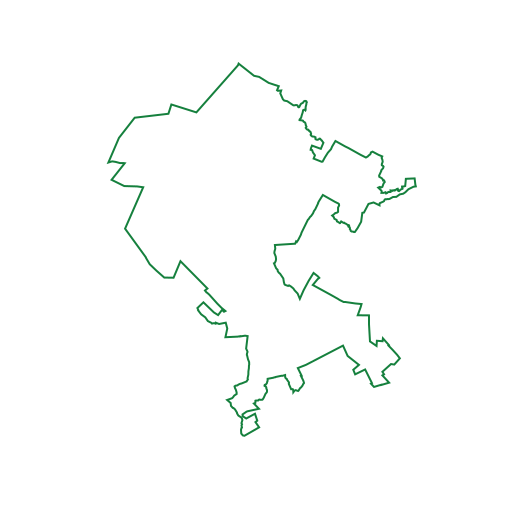 the district of Escuintla, Chiapas, Mexico, rotated 293°
{"feature_id": "50627088B28564966320854", "entity_name": "Escuintla", "entity_type": "district", "adm_level": 2, "iso_a3": "MEX", "parent_name": "Mexico", "parent_adm1": "Chiapas", "projection": "robinson", "projection_center": [-92.576, 15.351], "detail": "fine", "context": "isolated", "style": "outline", "palette": "green", "viewbox_px": 512, "rotation_deg": 293, "n_neighbors": 0, "source": "geoboundaries", "source_scale": "gbopen_adm2", "svg_char_len": 6144}
<svg xmlns="http://www.w3.org/2000/svg" viewBox="0 0 512 512"><g transform="rotate(293 256 256)"><path d="M191.4,428.0L195.5,419.0L197.1,420.1L198.8,417.6L209.3,422.5L210.1,425.7L218.0,428.4L220.2,424.5L223.0,418.4L225.3,412.9L225.9,413.2L229.8,405.0L227.0,405.8L225.2,400.4L220.3,402.1L221.9,394.3L237.3,386.7L245.5,383.2L241.2,372.8L249.9,372.3L253.0,371.9L251.1,365.9L248.5,356.0L247.9,354.6L248.2,350.0L248.5,348.5L249.4,340.6L251.5,319.6L258.8,321.8L260.6,322.8L261.5,320.8L262.9,315.6L253.9,314.2L243.0,313.2L233.7,313.1L237.7,309.0L239.5,304.9L240.7,303.1L241.6,300.1L241.9,297.9L241.0,297.3L240.8,294.1L241.1,293.3L242.8,291.9L246.0,289.9L249.1,285.1L249.6,283.4L250.7,281.8L251.8,281.2L252.5,279.4L256.3,275.4L257.0,276.0L259.2,276.1L260.9,275.7L263.2,274.4L265.9,271.7L267.6,271.2L270.2,270.9L273.5,269.1L282.6,287.2L285.1,287.2L284.8,288.1L287.4,288.6L293.1,289.0L295.3,288.8L309.7,289.6L310.4,290.0L313.1,290.5L314.3,291.1L317.5,291.8L320.1,291.8L322.2,292.3L328.8,292.6L329.0,292.4L330.8,292.5L338.3,293.7L336.7,307.6L336.5,311.3L336.2,312.1L334.9,312.8L332.7,312.6L328.7,314.3L327.5,313.6L326.5,312.2L324.5,311.3L323.0,310.3L322.2,312.4L320.9,313.6L320.7,316.1L319.5,317.0L319.5,317.7L319.0,320.4L319.2,320.6L321.1,320.9L320.7,323.5L321.1,324.2L320.8,324.6L320.9,325.8L320.4,328.3L320.7,329.3L320.5,329.7L320.1,330.0L319.4,329.4L319.1,329.7L319.1,330.7L318.4,331.6L317.5,331.8L316.9,332.8L316.1,333.4L315.9,334.4L316.4,336.0L316.3,336.8L316.7,337.6L321.3,338.6L328.6,339.4L337.3,337.0L338.2,338.4L347.9,339.2L351.2,343.3L350.9,349.9L352.2,349.3L353.0,349.3L355.8,351.9L356.6,352.4L358.0,352.4L358.8,352.8L359.1,353.9L359.7,354.5L359.9,355.3L360.7,356.6L363.8,359.0L365.3,362.1L368.9,364.3L370.9,367.2L373.1,368.6L377.0,370.2L381.3,373.9L382.5,375.9L384.1,374.7L389.4,371.7L385.6,363.8L378.7,366.0L377.9,365.1L377.0,363.3L376.2,363.7L375.5,364.5L375.1,364.6L373.7,363.2L371.6,362.3L371.5,361.6L371.8,361.0L372.6,360.9L373.3,360.2L372.6,359.4L370.5,358.2L370.7,357.6L370.1,356.8L369.4,356.4L369.6,355.7L369.3,355.3L369.0,355.4L368.7,355.1L368.8,354.3L367.5,354.8L366.9,353.6L366.8,353.0L366.1,352.4L365.4,352.2L364.4,351.3L365.3,350.3L364.0,348.9L363.1,346.8L364.5,346.5L365.1,346.0L366.7,341.8L368.0,343.0L368.0,344.4L369.0,345.3L372.7,345.1L374.4,345.6L375.2,344.9L375.6,344.2L375.3,344.1L375.1,343.5L375.8,343.1L376.7,341.5L377.1,338.5L378.2,337.9L383.2,338.1L383.8,337.8L386.5,338.7L388.1,338.5L388.5,337.9L388.7,336.4L389.4,336.0L389.9,335.9L392.2,335.8L393.9,334.8L395.4,333.3L397.0,333.3L397.0,329.2L397.6,322.5L396.2,321.3L394.9,321.5L393.8,321.2L392.7,320.5L391.3,320.0L389.6,318.7L390.0,312.7L391.5,299.0L391.7,295.2L392.9,284.2L386.4,283.3L383.6,283.3L379.2,281.8L373.7,280.9L368.9,280.4L368.4,279.6L368.2,271.0L371.7,270.9L371.9,270.7L373.6,267.9L375.4,266.3L375.1,264.8L376.5,264.5L379.5,264.4L380.0,273.8L386.6,273.8L387.7,271.9L388.0,271.6L388.0,271.2L389.0,269.2L388.8,268.5L388.2,268.3L387.1,267.4L386.7,266.0L387.0,264.9L388.5,264.4L388.6,262.9L388.0,261.1L388.3,260.0L388.5,259.3L389.0,258.9L389.7,259.1L390.2,258.9L391.6,257.6L391.6,256.8L392.1,256.2L392.0,255.6L392.7,254.8L392.4,254.0L392.5,253.2L393.4,251.7L394.7,252.0L396.1,250.5L396.5,250.4L397.7,249.4L398.1,248.8L398.2,247.3L398.9,246.4L398.9,245.9L398.1,243.0L398.7,242.8L400.9,243.5L403.6,243.1L406.3,242.9L408.6,242.4L409.5,243.2L409.6,243.8L409.3,244.6L409.8,244.6L412.5,243.5L415.6,243.0L417.2,242.4L417.4,242.6L418.0,242.1L418.2,241.4L418.0,240.8L417.8,240.3L417.1,239.7L415.3,239.3L413.9,238.1L413.1,237.8L410.0,237.6L409.6,237.3L409.6,236.7L410.8,235.4L410.9,234.9L410.6,233.8L409.7,232.5L409.3,231.5L410.7,224.3L410.1,221.2L410.8,219.5L415.2,214.8L418.2,214.5L416.6,211.6L416.8,210.6L421.2,210.6L420.3,200.1L422.1,188.9L421.1,183.8L426.3,164.8L424.5,164.9L364.9,145.0L362.4,118.9L352.7,119.8L335.9,90.3L311.2,83.7L284.4,83.6L286.5,86.1L287.0,86.9L287.8,90.2L288.4,94.5L289.8,97.7L290.1,98.9L269.7,93.3L268.9,107.4L273.6,119.4L275.2,125.3L230.0,124.8L211.7,155.2L211.4,155.3L206.9,161.4L203.6,170.1L200.3,180.0L203.8,188.6L221.7,188.5L207.1,224.0L204.3,222.5L203.1,224.7L203.1,225.3L202.2,228.0L197.1,238.9L194.8,244.5L193.4,249.3L192.2,248.3L193.1,245.8L186.8,244.2L187.6,239.3L192.8,225.7L185.2,222.4L183.2,224.5L183.1,224.4L180.9,228.3L179.7,233.3L177.3,237.1L177.0,241.3L176.6,241.9L177.8,243.6L177.9,245.2L178.9,245.0L179.0,248.6L182.8,254.2L178.0,257.9L169.3,259.6L174.6,270.6L176.0,272.8L175.8,272.9L178.4,277.1L179.0,279.6L166.9,283.1L164.7,285.5L164.2,285.7L162.8,285.8L161.4,286.2L161.2,286.5L157.8,289.0L155.7,291.1L153.3,292.2L152.5,292.3L149.9,293.3L146.8,294.1L143.8,295.3L140.2,296.0L139.1,296.8L137.6,296.4L136.9,296.4L133.0,292.5L132.1,291.3L130.8,290.1L129.6,289.4L128.6,287.8L127.6,287.2L126.3,288.2L124.8,289.9L122.8,291.5L121.4,292.1L119.0,290.5L116.8,290.0L115.7,289.5L112.2,285.7L110.8,290.1L108.3,291.5L107.3,293.6L107.1,294.0L107.3,294.6L106.6,296.6L104.4,299.7L103.8,300.0L102.7,301.4L102.2,302.2L101.6,305.6L101.0,306.5L99.6,307.6L96.7,307.9L96.2,308.1L95.7,308.9L94.4,308.9L92.6,310.1L92.2,309.8L90.2,310.1L86.8,311.8L85.7,314.0L86.0,315.6L99.5,325.8L102.9,320.4L104.9,321.5L110.4,316.7L102.6,310.5L103.2,307.2L103.6,306.2L104.9,305.5L109.0,308.1L109.7,308.8L116.5,318.4L119.4,311.7L120.5,312.8L122.6,312.0L122.8,312.2L123.9,314.5L124.8,314.8L125.2,315.2L125.4,316.4L126.2,318.0L126.6,318.2L128.5,318.5L132.8,318.6L134.8,319.2L135.8,319.0L136.9,318.5L138.2,317.2L139.1,316.8L139.6,316.1L139.8,314.6L140.3,314.4L140.8,314.4L141.2,315.0L142.0,315.4L143.4,315.7L144.8,315.4L145.4,315.5L147.5,314.7L150.7,319.5L151.4,320.2L151.8,321.0L152.2,321.2L155.7,326.2L156.0,327.1L157.8,329.3L155.9,330.2L155.0,331.2L154.9,332.3L154.1,333.1L152.6,335.6L152.1,336.0L151.2,336.1L147.1,340.4L147.8,341.8L147.7,342.1L147.0,342.7L145.2,343.6L147.2,344.1L148.0,344.9L148.2,347.5L148.9,347.8L151.6,348.2L152.9,349.0L153.7,349.0L154.5,349.4L156.8,349.5L157.4,349.8L157.9,349.8L159.8,348.2L163.2,344.2L163.6,344.8L169.2,338.3L175.4,344.6L207.5,371.1L199.8,379.4L196.0,393.3L189.3,390.0L185.8,393.5L194.2,400.8L184.3,412.4L183.4,411.7L181.6,415.8L186.5,421.7L186.3,421.8L191.4,428.0Z" fill="none" stroke="#15803d" stroke-width="2"/></g></svg>